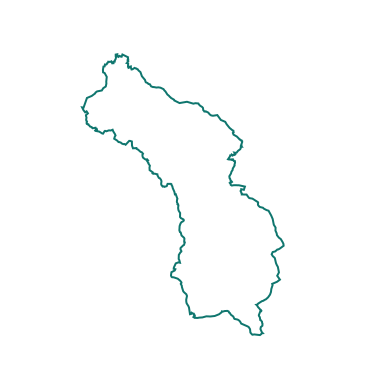 outline of Negrilesti, Bistrita-Nasaud, Romania, rotated 146°
{"feature_id": "2599482B55154264149060", "entity_name": "Negrilesti", "entity_type": "district", "adm_level": 2, "iso_a3": "ROU", "parent_name": "Romania", "parent_adm1": "Bistrita-Nasaud", "projection": "orthographic", "projection_center": [24.048, 47.317], "detail": "fine", "context": "isolated", "style": "outline", "palette": "teal", "viewbox_px": 384, "rotation_deg": 146, "n_neighbors": 0, "source": "geoboundaries", "source_scale": "gbopen_adm2", "svg_char_len": 6064}
<svg xmlns="http://www.w3.org/2000/svg" viewBox="0 0 384 384"><g transform="rotate(146 192 192)"><path d="M239.5,310.9L239.7,309.1L240.3,308.9L240.6,307.9L241.1,307.6L241.1,307.2L240.1,306.2L240.4,305.7L239.9,304.6L240.0,303.5L239.0,302.1L239.1,301.6L238.8,301.4L238.7,300.4L236.0,299.2L236.2,298.3L236.5,298.0L235.7,297.6L236.1,296.4L237.9,296.9L237.9,296.7L235.1,293.9L233.7,290.7L233.1,290.1L230.5,291.3L229.9,291.3L229.0,290.2L226.5,289.6L224.9,288.4L223.0,288.0L223.4,286.3L223.5,283.1L223.8,281.6L225.0,281.1L226.7,279.7L225.3,276.5L225.0,274.5L224.5,274.2L223.4,272.8L223.1,271.5L222.2,270.1L221.1,269.5L220.6,268.3L215.5,269.5L214.7,268.9L213.6,267.5L215.8,264.0L216.5,261.2L213.5,259.5L213.8,258.8L213.0,257.3L212.2,254.1L211.4,253.0L211.2,251.1L212.3,250.6L213.0,249.3L213.4,248.0L212.7,245.7L212.0,244.4L211.0,244.3L210.8,242.9L211.7,243.0L211.9,242.8L211.9,240.3L212.2,240.1L212.2,237.4L213.6,236.0L214.9,233.8L213.5,230.2L213.6,229.9L214.3,229.7L214.3,229.4L213.7,228.6L212.7,228.1L210.8,226.0L211.3,225.2L211.6,222.3L210.9,221.2L210.9,219.3L211.3,218.0L213.1,215.9L213.4,215.0L213.4,214.1L213.0,213.3L213.3,213.2L213.3,212.9L212.1,212.3L212.0,211.7L209.7,211.0L207.7,212.4L204.9,210.5L204.7,210.0L205.1,208.9L205.1,207.8L205.8,205.9L206.5,202.0L207.5,199.6L206.7,199.3L207.9,194.5L208.4,194.3L210.0,192.4L210.3,191.6L210.4,189.9L210.9,189.8L210.7,188.6L212.4,186.6L213.3,184.7L213.5,183.8L213.6,181.2L215.9,178.0L215.8,176.5L214.6,174.4L214.4,173.9L214.5,173.4L214.8,172.9L216.1,172.7L217.5,172.9L219.0,172.4L221.3,170.7L223.9,167.3L224.4,165.5L224.0,164.9L224.1,164.4L225.0,161.8L224.2,158.6L224.3,157.7L226.4,155.0L226.1,154.3L228.2,152.6L229.0,152.7L232.7,152.0L233.3,151.4L233.7,150.7L233.7,149.5L234.1,148.6L235.5,148.4L238.1,147.2L240.5,143.9L240.6,142.6L241.5,140.1L242.7,141.3L245.4,141.9L249.3,139.5L250.1,138.6L249.0,137.3L250.2,136.6L253.9,137.0L256.0,134.7L256.4,133.4L256.2,132.5L254.9,131.5L252.3,128.1L251.4,125.0L251.3,123.0L251.5,122.6L252.7,122.1L252.9,119.9L253.5,118.9L254.8,114.5L254.6,113.1L253.9,110.4L254.3,108.6L257.0,106.0L258.1,104.2L258.7,102.7L258.8,99.4L259.1,97.9L262.0,91.8L260.9,91.4L259.8,92.1L259.1,90.4L258.6,90.2L258.6,89.8L259.1,89.6L259.2,89.0L258.7,88.4L258.9,87.7L260.7,87.5L260.2,86.2L257.7,84.4L256.4,83.9L253.5,82.2L249.6,80.9L246.5,78.6L242.5,76.5L237.9,75.5L235.0,75.7L233.9,76.3L233.6,75.7L231.4,75.0L229.1,73.6L228.4,72.4L228.7,71.3L228.3,70.6L228.4,68.6L227.4,65.7L227.8,63.4L227.7,63.0L225.6,60.8L225.2,60.1L224.7,58.7L224.6,57.4L224.8,55.4L221.0,49.4L220.5,48.2L220.6,45.8L222.2,42.8L221.9,40.3L221.7,39.9L220.0,39.1L215.7,35.4L214.0,35.5L213.2,35.9L212.3,35.4L212.5,36.8L211.9,40.1L210.5,41.5L208.4,41.8L207.2,43.4L207.1,44.2L206.5,45.3L206.7,47.8L206.9,47.9L205.8,50.3L205.8,51.6L205.5,52.5L202.5,54.6L201.5,54.4L200.9,54.7L200.9,55.6L201.3,55.7L201.4,56.3L201.2,57.1L201.6,59.5L201.5,61.6L201.7,62.5L200.7,62.1L199.7,62.5L195.1,62.4L193.5,61.9L192.4,62.0L190.8,61.7L187.9,62.1L184.7,63.3L182.4,65.0L180.5,67.2L177.3,69.7L176.9,71.0L171.7,70.0L168.1,70.2L168.2,74.9L164.9,76.7L162.7,81.9L162.5,84.3L162.1,86.2L160.4,90.6L160.3,91.4L160.9,93.6L160.8,95.8L158.7,97.1L156.2,96.2L153.4,96.6L152.5,96.1L150.7,96.0L146.1,96.2L145.2,97.9L144.9,99.8L144.7,103.3L145.5,105.6L145.7,108.7L144.9,110.5L144.4,113.3L142.6,115.8L142.5,119.1L140.2,124.5L139.5,128.2L139.0,133.7L140.3,135.3L141.7,137.9L142.0,139.3L144.1,141.6L144.5,143.0L144.5,144.4L144.0,145.3L143.2,146.0L143.0,146.6L145.6,152.7L147.9,154.9L148.1,155.7L148.2,159.4L152.1,162.1L151.5,162.9L151.7,163.4L151.3,164.4L151.3,165.4L150.9,165.9L150.3,166.0L149.6,166.8L147.8,164.8L145.1,166.9L149.4,171.4L153.6,174.3L155.4,175.1L155.9,176.2L155.5,177.0L155.6,178.4L155.0,178.4L154.4,178.8L153.7,178.0L153.2,178.0L153.2,178.4L153.7,178.8L153.4,179.0L153.4,180.7L153.0,181.7L153.1,182.5L152.2,184.2L149.4,185.5L147.9,186.8L146.1,187.5L145.0,188.7L141.9,190.1L141.8,190.6L139.8,192.4L139.2,193.6L139.9,194.1L139.8,194.9L140.5,195.7L140.0,195.7L139.8,196.2L143.1,198.2L143.8,199.0L140.4,200.4L139.9,201.0L139.0,200.5L138.3,200.9L138.0,199.5L136.8,199.5L136.9,199.8L136.3,199.6L135.9,198.9L134.9,199.1L134.8,200.9L134.1,200.2L133.0,199.7L130.8,200.4L128.1,200.5L127.0,201.2L126.4,202.0L125.5,201.6L125.6,202.1L125.2,202.3L125.2,202.6L124.9,203.0L125.2,203.3L122.4,205.4L122.0,206.1L122.4,206.7L122.1,207.1L123.1,208.7L123.2,209.1L123.0,209.3L123.2,209.7L123.8,212.9L125.5,216.3L125.1,218.1L124.2,218.2L124.2,218.7L123.7,219.0L123.4,219.7L123.9,220.4L125.0,224.1L125.4,228.7L125.2,231.6L127.8,235.6L128.0,241.6L132.0,243.5L133.3,244.8L133.9,246.4L134.1,248.7L135.5,251.2L136.1,251.2L136.8,251.9L136.7,252.7L136.9,253.5L135.9,255.6L136.0,256.7L137.0,259.0L137.3,260.8L137.2,261.8L139.5,263.7L141.5,264.5L145.7,269.6L152.6,272.7L155.5,277.8L155.3,278.1L155.3,278.6L156.8,281.7L156.9,282.7L157.2,283.3L157.3,284.6L157.9,286.6L157.8,290.4L158.1,291.4L158.1,293.2L159.8,296.1L161.4,297.6L163.1,298.5L165.1,300.5L165.6,300.7L166.8,302.4L166.7,304.9L167.7,305.9L167.9,307.2L168.9,308.7L168.9,309.3L168.3,311.1L168.8,316.0L167.7,320.2L168.4,322.7L168.4,324.1L168.7,324.3L169.0,325.4L169.3,325.5L170.2,327.0L172.7,327.0L173.6,327.4L173.1,329.4L172.5,330.3L173.1,330.5L173.4,330.0L175.1,330.4L174.6,331.4L175.0,331.7L173.1,334.2L173.9,335.3L173.1,335.4L172.6,335.9L171.6,336.1L171.5,336.4L171.9,336.9L171.2,337.8L170.6,337.8L170.2,339.0L169.7,339.5L172.8,344.9L174.7,343.5L176.3,345.1L176.4,345.3L176.1,345.5L176.3,345.7L177.5,345.2L177.7,345.6L177.4,345.8L178.2,346.8L177.0,348.0L178.4,348.6L179.4,347.1L179.7,346.1L181.0,344.9L182.4,344.2L183.2,343.3L184.0,343.9L184.5,343.8L185.1,342.7L186.2,343.3L185.8,345.4L187.0,345.6L188.6,346.8L189.0,346.3L190.2,346.3L191.3,345.6L192.1,345.7L192.9,346.4L194.2,345.0L195.3,345.5L197.6,343.0L198.8,340.9L197.9,339.5L198.3,335.1L201.4,331.4L202.4,329.7L204.5,327.7L207.5,327.7L210.0,326.6L214.5,328.5L216.5,328.4L217.1,327.9L221.4,327.7L226.5,328.7L234.7,322.6L235.8,323.6L236.2,320.6L236.0,317.8L234.3,317.8L234.3,315.4L237.0,315.0L237.4,314.2L237.8,312.8L239.5,310.9Z" fill="none" stroke="#0f766e" stroke-width="2"/></g></svg>